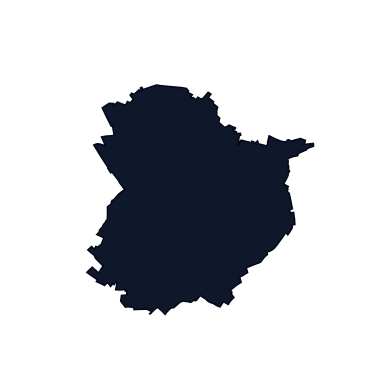 the district of Yen My, Hưng Yên, Vietnam, rotated 63°
{"feature_id": "81297802B77847273364040", "entity_name": "Yen My", "entity_type": "district", "adm_level": 2, "iso_a3": "VNM", "parent_name": "Vietnam", "parent_adm1": "Hưng Yên", "projection": "robinson", "projection_center": [106.034, 20.895], "detail": "fine", "context": "isolated", "style": "filled", "palette": "ink", "viewbox_px": 384, "rotation_deg": 63, "n_neighbors": 0, "source": "geoboundaries", "source_scale": "gbopen_adm2", "svg_char_len": 6051}
<svg xmlns="http://www.w3.org/2000/svg" viewBox="0 0 384 384"><g transform="rotate(63 192 192)"><path d="M307.1,219.2L304.0,213.7L308.6,210.9L308.3,210.0L307.7,209.3L307.0,208.0L305.8,205.1L305.3,203.3L305.0,202.5L300.3,203.2L299.6,201.9L297.2,202.6L296.5,200.2L296.0,197.9L295.4,195.4L295.2,193.7L295.0,191.3L294.7,189.0L294.1,189.0L292.6,188.8L290.1,188.3L289.5,188.3L289.5,187.5L289.5,184.8L289.0,179.0L284.2,178.1L284.9,169.8L285.7,163.0L283.3,157.9L282.5,155.7L281.9,153.1L280.5,152.8L279.4,152.7L279.6,152.0L279.7,151.2L280.0,150.0L280.0,149.1L280.0,147.5L279.9,146.4L279.7,145.2L279.4,144.2L279.0,143.2L278.5,142.1L278.2,141.2L277.6,139.9L276.8,138.3L275.7,136.3L274.1,133.0L271.9,128.9L270.6,126.7L273.6,126.1L273.4,125.6L272.6,124.1L270.6,120.7L269.5,119.1L268.6,118.5L266.9,117.9L267.3,116.3L267.7,115.1L266.5,114.6L264.8,113.9L262.9,113.0L260.4,112.2L258.3,111.4L256.4,110.7L255.6,112.5L256.0,114.0L254.9,113.6L252.4,113.6L252.4,112.7L252.4,111.3L252.5,110.1L251.9,110.0L241.3,107.0L237.2,106.0L235.5,106.9L234.1,106.2L232.9,105.2L232.3,105.4L231.5,105.0L231.3,104.2L230.8,103.7L230.6,103.9L229.0,105.0L227.9,105.7L226.4,106.2L225.8,106.4L225.0,104.7L224.6,104.0L223.9,102.9L221.6,99.8L220.7,98.8L219.7,98.1L218.2,97.2L218.3,96.2L217.4,95.5L216.6,96.1L214.2,94.8L212.5,94.1L210.7,93.8L210.0,93.8L209.3,92.8L207.4,92.1L206.5,91.8L205.8,91.4L205.8,90.5L206.1,88.5L206.3,86.6L206.5,85.2L206.6,84.6L207.0,83.8L207.2,83.0L207.5,82.2L207.5,81.0L206.8,80.6L206.1,80.4L206.0,79.5L206.1,75.8L206.2,74.2L206.3,72.3L206.4,70.8L206.0,70.4L205.8,70.0L205.7,69.3L205.7,68.4L205.8,67.5L205.9,66.5L206.4,62.9L203.8,61.8L200.6,70.3L197.5,67.5L193.5,71.2L193.2,73.0L192.4,76.1L192.8,76.2L192.7,77.0L192.3,77.1L191.9,79.1L191.4,80.5L191.1,81.1L190.6,81.4L190.1,81.6L189.7,81.6L189.5,81.8L188.9,83.5L189.3,84.1L190.0,85.7L189.0,87.2L188.1,88.3L187.1,89.6L186.5,90.2L183.6,92.7L180.4,95.2L178.2,96.8L176.9,97.8L177.1,98.1L178.2,98.8L179.3,99.8L182.2,102.2L182.9,102.1L184.3,103.8L184.9,104.7L183.4,106.1L180.4,109.5L179.4,110.8L176.2,110.4L176.8,112.8L177.0,114.5L176.2,115.3L175.2,114.3L173.9,115.6L174.7,117.0L174.4,117.6L173.7,118.2L172.6,119.4L171.4,121.0L170.5,121.9L169.8,122.7L168.5,124.0L168.9,124.7L168.3,125.2L169.5,126.6L170.7,127.7L171.4,128.7L170.6,129.6L169.3,128.3L168.1,126.9L167.4,127.5L165.5,125.8L165.2,126.2L163.3,123.8L163.5,122.7L161.6,122.3L161.5,122.9L161.3,123.7L160.9,123.7L160.7,124.5L160.3,125.8L159.7,125.7L159.1,125.4L158.5,125.1L156.6,126.8L155.3,127.9L154.9,127.5L154.6,127.2L154.2,126.9L155.4,125.6L155.4,125.1L155.1,124.5L154.6,124.1L154.3,124.1L152.4,126.2L152.1,126.4L151.1,127.1L149.9,127.9L149.3,128.4L149.5,133.5L142.1,136.5L140.8,135.5L139.8,134.7L138.8,133.8L134.7,135.3L132.9,133.9L132.3,134.1L130.6,132.8L129.5,131.9L128.0,130.6L123.7,132.6L122.3,133.1L121.4,131.8L117.9,133.4L115.7,134.4L115.4,134.4L114.8,133.7L113.4,130.6L110.5,132.4L112.8,137.9L113.8,141.2L110.1,143.9L111.7,146.3L108.3,148.2L108.2,149.5L106.4,149.5L105.5,147.5L101.1,150.7L100.3,149.2L97.1,150.0L94.0,154.2L88.3,163.3L82.8,172.0L80.5,175.0L78.4,189.6L77.8,189.2L76.8,189.0L75.8,189.2L75.9,190.9L76.7,190.8L77.6,191.0L79.0,191.7L76.9,192.9L78.6,199.1L76.6,201.0L77.6,203.1L78.7,203.0L82.8,202.3L83.8,205.0L84.3,206.1L84.3,206.8L82.1,208.4L84.4,211.8L81.8,214.3L79.4,216.4L78.0,217.6L79.2,221.3L78.6,221.5L77.5,221.6L77.0,222.8L75.4,225.3L75.5,227.3L76.3,233.8L86.8,234.1L95.8,234.1L96.7,234.1L96.6,232.7L97.3,232.9L106.2,235.7L105.5,237.8L103.4,242.6L101.8,247.6L109.2,248.0L111.6,248.0L107.9,251.8L106.2,254.0L105.7,255.7L105.5,258.2L110.3,257.8L120.6,257.0L132.0,255.7L132.6,256.3L138.0,255.8L138.0,254.2L149.2,252.2L150.4,252.4L151.8,252.2L153.7,251.8L156.0,251.4L157.8,251.2L159.4,250.9L159.6,253.3L160.0,255.8L160.9,259.3L163.7,266.0L163.1,266.7L163.5,267.4L164.2,268.2L164.6,268.6L165.4,269.2L166.0,269.5L166.8,274.1L170.1,275.7L174.1,277.8L177.0,279.4L178.3,280.0L178.3,280.4L178.3,281.0L178.5,281.5L178.9,282.0L179.4,282.7L179.9,283.4L180.2,284.0L180.4,284.5L180.5,285.1L180.7,285.6L181.1,286.1L181.6,286.7L182.2,287.4L182.7,288.4L183.1,289.4L183.3,290.2L183.5,290.9L183.8,291.4L184.2,292.0L184.8,292.3L185.6,293.2L186.0,294.1L186.7,296.2L192.8,291.3L195.8,294.7L197.8,297.2L198.2,297.6L197.6,298.0L198.3,299.2L197.9,299.7L198.9,300.6L196.8,302.3L198.6,305.1L194.9,306.2L196.3,311.1L200.2,309.6L205.3,307.3L205.6,308.1L206.9,307.5L207.2,308.1L210.2,307.2L217.5,304.8L221.6,312.0L219.2,312.9L213.7,315.0L214.8,318.9L215.9,322.2L219.3,320.5L227.2,316.1L228.4,317.9L232.0,315.0L233.1,314.1L235.6,312.4L234.9,310.2L234.7,309.0L235.0,308.1L236.8,307.8L239.2,307.4L238.4,305.7L238.0,304.3L238.8,303.7L239.2,303.3L238.0,301.7L237.7,300.9L238.0,299.8L240.8,301.5L244.4,304.4L245.8,302.1L247.0,299.8L248.1,297.0L248.7,295.9L249.9,296.5L250.6,295.3L252.7,296.1L254.1,296.8L253.6,298.2L252.7,300.4L252.1,301.8L256.8,305.1L257.3,305.0L262.7,304.0L264.5,303.6L264.6,302.9L264.7,302.2L265.2,301.3L266.2,299.6L267.7,297.5L268.6,296.1L269.5,296.6L270.4,297.1L270.7,296.5L271.4,295.1L272.2,293.2L275.2,287.0L275.5,286.4L277.5,283.7L278.1,282.8L278.3,283.6L278.7,283.1L279.6,283.1L280.7,283.2L280.9,283.9L281.2,285.0L281.6,284.9L281.6,284.2L281.3,283.2L280.9,282.2L280.0,279.4L279.6,278.0L279.2,276.0L278.9,275.1L281.1,274.2L282.0,273.8L283.9,273.1L284.4,272.8L285.1,272.6L285.8,272.4L286.6,272.3L287.4,272.0L288.2,271.7L288.9,271.4L288.6,271.0L288.1,270.0L287.5,268.8L287.1,267.5L286.7,266.3L286.2,264.9L286.0,264.1L286.0,263.5L286.0,263.0L286.1,262.3L286.5,261.4L286.8,260.8L286.8,260.3L286.6,259.9L286.4,259.2L286.1,258.0L285.7,256.2L285.1,254.2L284.9,252.8L284.8,251.3L285.0,250.5L285.3,249.3L285.9,248.5L287.0,246.7L288.2,245.0L289.1,244.1L289.6,243.4L289.7,242.8L289.6,241.9L289.4,240.9L289.2,240.2L289.3,239.7L289.5,239.3L290.2,238.7L290.5,237.9L290.5,236.9L289.7,235.4L288.0,231.7L294.3,228.0L294.8,228.0L295.5,227.8L296.3,227.5L297.2,227.0L297.9,226.5L298.7,225.9L299.4,225.2L300.0,224.7L301.0,223.5L301.5,223.0L301.9,222.4L302.2,223.0L302.7,222.6L303.9,221.9L305.0,221.2L307.1,219.2Z" fill="#0f172a" stroke="#020617" stroke-width="1.5"/></g></svg>